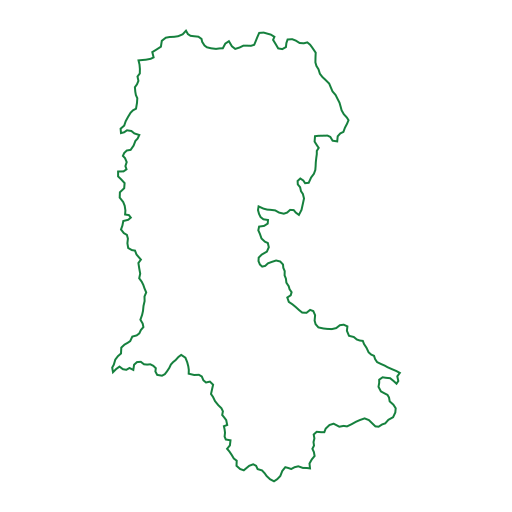 outline of Novo Oriente de Minas, Minas Gerais, Brazil
{"feature_id": "56859067B87860845609975", "entity_name": "Novo Oriente de Minas", "entity_type": "district", "adm_level": 2, "iso_a3": "BRA", "parent_name": "Brazil", "parent_adm1": "Minas Gerais", "projection": "albers", "projection_center": [-41.219, -17.24], "detail": "fine", "context": "isolated", "style": "outline", "palette": "green", "viewbox_px": 512, "rotation_deg": 0, "n_neighbors": 0, "source": "geoboundaries", "source_scale": "gbopen_adm2", "svg_char_len": 5145}
<svg xmlns="http://www.w3.org/2000/svg" viewBox="0 0 512 512"><path d="M274.4,36.8L270.8,34.6L267.2,33.6L263.7,32.6L259.2,32.9L257.3,37.2L255.7,41.2L254.2,44.8L251.0,45.8L247.8,45.7L243.3,45.7L239.6,47.5L235.2,48.9L231.9,46.3L228.9,41.2L225.3,43.6L222.8,48.3L219.6,48.4L216.0,48.9L211.1,48.3L206.9,47.3L204.5,45.5L202.2,41.9L201.5,38.9L198.4,36.7L193.6,36.2L190.5,35.8L187.9,34.1L186.0,30.7L182.7,34.3L178.2,36.2L174.2,36.8L169.6,37.0L165.8,37.7L161.8,40.8L160.9,46.7L156.4,49.6L152.3,52.1L153.6,57.4L150.7,58.8L146.0,59.7L142.6,60.0L138.5,60.4L139.5,64.5L139.9,69.0L139.8,73.5L137.5,76.5L138.4,80.9L137.0,84.3L134.9,87.2L135.3,91.8L135.9,95.1L137.3,98.2L137.0,102.9L136.0,108.7L133.0,110.3L130.6,112.7L128.1,116.8L125.7,121.2L124.2,125.6L120.6,128.7L121.0,133.1L124.1,132.3L127.0,130.3L131.4,131.0L134.3,133.4L139.3,135.0L137.6,138.6L135.4,140.9L133.6,145.6L130.6,149.9L126.8,150.5L124.2,153.0L122.9,155.9L125.0,158.1L126.7,162.1L125.4,166.1L126.5,169.3L123.5,171.4L118.1,171.5L118.1,176.4L121.3,179.5L124.6,183.1L124.2,188.2L119.9,192.3L119.7,197.6L123.2,202.0L124.7,205.8L125.4,210.5L125.1,214.5L128.9,215.1L130.8,217.6L128.2,219.8L123.3,221.0L122.4,225.6L121.0,229.5L123.8,233.1L126.9,234.9L127.9,238.6L127.4,243.3L128.2,248.0L131.9,250.1L135.0,250.6L136.5,254.5L138.8,257.2L140.9,259.6L138.4,263.0L139.2,268.2L140.2,273.7L139.2,278.3L141.7,281.7L143.3,284.9L144.5,288.4L146.2,292.4L144.5,296.5L144.6,301.1L143.5,305.9L143.0,310.9L142.1,314.9L140.4,319.7L142.7,323.6L143.4,327.1L140.9,330.0L139.3,333.4L136.7,335.4L132.3,336.6L130.2,341.1L127.7,342.8L124.5,344.6L121.3,347.6L121.0,353.5L117.9,356.2L115.3,359.6L113.8,364.7L112.2,367.6L113.0,372.2L116.2,369.0L119.5,366.6L122.9,369.2L126.3,369.8L129.5,368.0L133.3,369.9L134.1,364.7L137.0,362.1L140.8,361.8L144.0,364.3L147.2,364.6L150.3,364.3L153.3,365.8L155.8,368.2L155.4,371.5L157.2,374.9L162.0,375.7L164.8,374.2L166.9,371.5L169.3,367.9L170.9,364.5L173.1,362.1L175.6,360.1L178.4,357.0L181.2,354.9L185.4,357.7L187.2,362.2L188.3,366.4L188.8,369.9L188.7,373.7L194.2,375.0L198.9,374.8L201.8,376.5L203.4,380.3L206.0,382.5L209.9,381.6L213.1,384.7L211.9,390.0L211.0,394.0L213.0,396.9L215.0,401.1L218.3,405.2L221.4,408.2L222.9,411.3L222.2,415.0L224.1,417.3L226.2,420.1L227.2,425.0L223.9,426.2L224.6,429.4L225.0,432.7L224.6,436.6L225.8,439.5L230.5,440.3L229.9,445.4L227.1,448.8L229.4,451.5L231.8,455.1L233.8,458.5L236.7,460.7L236.5,465.8L240.1,469.0L243.8,470.3L246.3,468.2L249.2,465.8L253.2,464.3L256.1,465.8L257.6,469.1L262.0,470.4L264.7,473.3L266.6,476.0L270.0,479.2L274.0,481.3L277.2,479.2L280.3,476.0L282.3,470.9L285.3,467.2L288.3,468.0L291.2,469.0L294.6,467.2L298.3,466.3L302.8,467.9L306.9,468.0L310.0,468.4L309.5,463.5L311.8,459.4L314.6,456.0L313.9,452.1L312.4,448.8L314.0,445.6L313.5,442.1L314.4,438.4L313.7,434.5L316.7,431.8L321.2,432.2L324.3,432.2L325.7,428.6L329.5,425.0L333.6,423.7L336.5,425.2L339.3,426.7L343.6,425.9L347.0,426.4L351.6,424.2L356.1,421.7L360.0,420.0L364.6,418.4L368.9,420.1L372.6,423.7L375.4,426.4L378.6,426.7L382.2,424.4L385.2,423.4L388.4,419.8L393.1,417.2L395.3,412.5L395.7,408.3L393.4,404.7L389.7,401.4L389.0,397.5L387.5,394.9L384.4,393.3L380.9,391.4L378.5,386.8L379.2,382.9L379.2,379.7L382.6,377.3L385.9,377.8L390.1,378.2L393.6,381.0L396.5,383.7L398.3,381.0L397.3,376.3L399.8,372.9L396.3,371.0L391.8,369.1L387.5,367.2L384.7,365.6L381.0,364.0L377.1,362.1L375.1,359.1L374.0,355.8L371.2,354.6L368.6,352.3L366.5,347.8L364.0,344.0L362.8,340.9L359.7,340.5L356.8,339.5L353.8,337.0L349.0,335.8L346.9,330.8L347.4,326.4L343.7,324.7L339.9,325.2L336.2,328.1L331.8,329.1L327.2,328.9L323.5,328.5L318.4,327.4L315.6,324.2L314.6,320.6L315.1,315.2L313.3,311.1L310.1,309.9L306.5,312.8L302.2,312.6L299.1,310.1L295.7,307.0L292.4,304.3L288.8,301.9L287.3,297.5L290.7,295.3L291.6,292.2L289.6,289.3L288.7,286.2L286.4,282.7L285.9,278.6L284.6,275.4L284.7,271.1L283.3,267.8L283.0,264.5L280.2,261.5L276.1,260.5L271.8,261.9L268.0,263.3L265.2,265.9L262.2,266.6L259.9,264.5L258.5,261.1L258.7,257.6L261.7,254.6L266.9,251.6L268.8,247.2L267.8,243.0L264.9,241.7L261.5,238.5L259.9,233.9L258.3,230.3L259.1,226.6L264.1,225.9L267.7,223.6L268.0,220.0L263.4,219.3L260.6,217.1L259.0,213.8L258.0,210.1L258.6,206.4L263.4,208.6L267.2,209.6L270.3,209.8L275.2,210.4L279.1,212.6L283.8,213.7L287.1,212.6L290.1,209.9L293.7,210.1L295.8,212.6L298.9,214.9L301.5,209.9L302.9,203.6L304.0,198.5L302.9,194.0L301.0,191.2L300.1,187.2L297.8,184.4L297.6,181.0L300.3,178.5L303.3,180.5L305.1,183.2L308.7,182.8L311.1,177.5L313.9,173.8L315.3,170.0L315.6,166.4L315.8,162.2L316.3,157.7L316.8,154.1L316.8,150.9L318.7,147.9L316.6,144.8L314.6,141.6L315.0,136.2L318.4,135.8L323.1,135.7L327.5,135.6L330.3,136.9L332.6,140.7L337.2,141.4L337.7,136.3L340.3,133.4L343.4,131.9L344.9,127.8L347.1,123.6L348.5,120.2L346.9,117.6L343.8,114.2L341.6,110.3L340.7,106.9L339.5,102.7L337.8,99.4L335.6,95.0L332.5,91.4L330.8,87.4L329.2,83.6L325.6,80.0L322.4,77.0L319.9,73.8L318.5,69.3L316.4,65.9L315.4,62.4L315.5,57.1L315.7,52.7L313.8,49.9L312.1,47.4L310.1,44.7L307.3,42.4L303.8,43.3L299.6,43.0L295.8,40.6L292.2,39.2L287.6,39.5L286.4,43.0L285.9,47.1L282.3,49.1L278.2,48.4L275.8,44.3L273.1,39.9L274.4,36.8Z" fill="none" stroke="#15803d" stroke-width="2"/></svg>